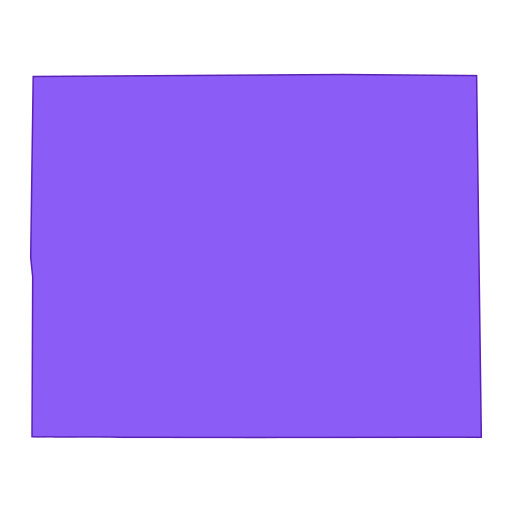 outline of Red Willow, Nebraska, United States of America
{"feature_id": "52423323B41547388683748", "entity_name": "Red Willow", "entity_type": "district", "adm_level": 2, "iso_a3": "USA", "parent_name": "United States of America", "parent_adm1": "Nebraska", "projection": "albers", "projection_center": [-100.534, 40.177], "detail": "fine", "context": "isolated", "style": "filled", "palette": "violet", "viewbox_px": 512, "rotation_deg": 0, "n_neighbors": 0, "source": "geoboundaries", "source_scale": "gbopen_adm2", "svg_char_len": 502}
<svg xmlns="http://www.w3.org/2000/svg" viewBox="0 0 512 512"><path d="M32.0,436.7L37.3,436.9L47.9,436.8L52.3,436.8L55.0,437.0L62.0,437.0L91.9,436.9L110.4,437.0L122.1,437.3L157.5,437.3L162.4,437.3L184.3,437.4L196.5,437.4L228.9,437.4L247.9,437.5L256.0,437.5L256.9,437.5L262.6,437.5L279.8,437.4L286.2,437.4L325.1,437.4L451.0,437.2L452.8,437.2L463.9,437.2L478.6,437.3L481.3,437.2L476.6,75.6L342.8,74.5L33.2,76.5L30.7,257.6L32.7,276.9L32.0,436.7Z" fill="#8b5cf6" stroke="#5b21b6" stroke-width="1.5"/></svg>